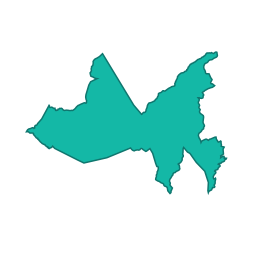 Caetité, Bahia, Brazil, rotated 80°
{"feature_id": "56859067B25942812879091", "entity_name": "Caetité", "entity_type": "district", "adm_level": 2, "iso_a3": "BRA", "parent_name": "Brazil", "parent_adm1": "Bahia", "projection": "orthographic", "projection_center": [-42.469, -13.986], "detail": "fine", "context": "isolated", "style": "filled", "palette": "teal", "viewbox_px": 256, "rotation_deg": 80, "n_neighbors": 0, "source": "geoboundaries", "source_scale": "gbopen_adm2", "svg_char_len": 5686}
<svg xmlns="http://www.w3.org/2000/svg" viewBox="0 0 256 256"><g transform="rotate(80 128 128)"><path d="M128.4,215.2L129.6,213.6L129.9,212.7L130.9,212.5L131.9,211.5L132.4,210.6L133.1,210.7L133.2,209.9L134.0,209.9L134.6,209.2L134.2,208.3L134.0,207.1L133.5,206.1L132.8,205.4L135.4,203.7L150.7,183.2L154.8,177.5L153.6,153.9L148.1,128.9L149.1,128.5L150.0,127.9L150.8,127.2L151.6,125.9L151.3,124.9L151.2,123.7L151.2,122.4L151.6,121.6L151.6,120.3L150.9,119.5L150.4,118.6L151.0,117.5L151.8,117.0L154.1,114.6L154.0,113.8L153.2,112.2L152.1,110.0L157.2,108.1L167.6,106.9L170.9,106.3L171.1,105.5L171.9,105.0L173.1,105.2L174.3,105.6L175.4,106.2L176.2,106.9L177.7,107.2L178.3,107.5L179.3,108.3L180.2,108.3L181.3,108.7L182.0,109.2L182.7,109.5L183.6,109.7L184.2,109.2L185.4,107.8L186.4,106.0L187.2,105.6L188.3,104.0L188.6,103.4L189.2,102.8L190.5,102.6L191.4,102.2L192.3,100.7L192.8,100.2L193.4,99.7L196.3,99.7L197.0,99.6L199.8,98.0L199.3,97.2L198.8,96.8L197.8,96.6L197.2,96.4L196.6,95.8L195.7,95.3L194.8,94.7L192.1,96.3L191.1,96.6L190.6,96.2L189.6,95.9L187.7,96.4L186.4,96.0L185.5,95.4L184.6,94.4L183.8,93.8L183.2,93.2L182.6,92.8L182.0,91.9L180.9,91.6L180.3,91.0L180.1,90.3L180.1,89.4L179.5,88.6L179.1,87.8L178.5,85.5L177.9,84.5L176.9,84.0L176.1,84.2L175.4,84.0L173.9,84.0L173.2,84.1L172.6,84.8L171.9,84.6L171.7,83.3L171.0,82.0L170.2,81.2L168.9,80.2L167.0,79.9L165.5,78.5L164.4,78.3L163.6,78.7L162.7,78.5L161.7,78.1L158.8,77.5L157.5,77.1L156.8,76.6L162.0,73.6L163.8,71.4L173.8,66.7L183.9,59.9L195.6,58.3L203.7,60.2L205.6,60.1L204.8,59.6L204.2,58.9L203.5,56.5L201.3,55.0L201.6,53.8L201.3,53.0L200.7,52.7L199.6,53.1L198.6,52.8L198.1,52.0L196.7,51.6L195.8,51.5L193.5,50.5L192.6,50.6L193.0,51.5L193.1,52.3L192.1,52.6L191.1,52.6L190.5,52.4L189.1,51.3L188.6,50.9L188.1,50.0L187.6,49.5L186.9,49.2L186.2,49.3L185.6,50.1L184.9,49.6L184.4,46.8L183.3,46.3L182.4,45.3L181.5,43.9L180.3,44.0L179.9,44.7L179.3,45.4L178.8,44.5L178.7,42.2L178.0,41.5L177.7,39.7L177.3,38.8L175.7,37.9L175.8,37.0L174.9,36.3L174.6,37.2L174.8,37.8L174.5,38.5L173.5,38.3L172.6,38.4L172.4,39.1L172.7,40.3L173.4,41.9L172.5,41.6L171.5,41.6L170.8,39.7L170.2,38.5L165.6,38.1L164.7,37.6L164.1,37.0L163.5,36.6L163.0,37.5L162.7,38.5L162.1,39.4L160.9,38.9L159.1,39.0L157.5,38.7L156.9,39.0L157.4,40.5L157.6,41.4L156.9,42.0L156.3,42.0L154.9,42.7L154.2,42.9L152.2,42.9L152.1,43.9L153.2,48.6L153.2,49.6L154.1,51.0L152.7,52.5L152.5,53.5L153.0,55.5L153.3,56.4L153.5,57.2L153.8,57.8L154.9,58.6L153.1,58.7L151.4,59.1L150.4,59.6L148.7,59.9L147.6,60.0L146.3,59.5L145.6,59.1L144.4,56.9L143.7,56.1L142.7,55.3L141.9,53.7L140.3,53.3L139.6,52.5L138.7,52.3L136.5,53.0L135.2,53.1L130.6,51.7L129.9,51.6L128.9,51.7L127.2,53.2L126.5,54.0L125.2,54.7L124.5,54.8L123.7,54.5L122.5,53.7L120.4,54.6L119.7,54.6L118.3,53.6L117.3,53.7L116.0,54.3L115.2,54.3L114.4,54.1L113.5,53.3L112.4,52.9L111.7,52.9L111.2,53.3L110.4,53.7L110.6,52.5L111.2,51.6L111.6,50.6L111.5,49.7L111.3,49.0L110.4,48.6L109.3,48.4L108.7,47.7L107.9,47.8L107.1,48.3L105.9,48.6L104.9,46.4L104.5,45.9L104.2,45.3L103.9,44.1L103.5,43.2L103.2,42.3L102.7,39.5L102.6,37.9L101.8,36.0L101.3,35.3L100.0,36.6L99.3,37.0L98.7,38.6L97.9,38.8L96.9,38.3L95.4,37.1L94.7,36.8L94.0,37.3L92.4,37.9L88.7,38.8L88.2,41.3L87.7,41.9L86.7,42.1L85.8,42.0L84.0,42.4L83.3,42.8L82.5,42.9L81.5,42.9L80.7,42.7L79.9,42.5L78.0,41.1L77.7,40.2L77.5,39.2L77.0,38.1L75.7,36.8L75.3,35.9L75.2,34.9L75.3,34.0L75.2,33.1L74.3,31.5L73.8,29.5L73.5,28.5L72.8,27.7L71.9,27.3L71.0,27.4L68.9,27.3L68.5,28.0L68.5,28.8L69.5,30.7L68.7,32.2L68.2,32.8L68.6,33.8L68.1,34.9L68.1,36.2L67.8,37.1L68.4,38.2L69.0,38.6L70.2,39.9L70.3,40.6L71.0,41.6L71.1,42.7L72.2,44.3L72.3,45.6L72.6,46.4L72.7,47.4L74.6,50.6L74.7,51.4L75.1,52.0L75.4,52.9L75.3,53.5L75.9,54.3L76.0,55.4L77.4,56.8L78.2,57.4L78.6,58.2L79.5,58.5L80.3,59.1L80.8,60.0L81.5,60.1L81.9,60.7L82.2,62.2L82.8,63.1L83.1,63.9L83.1,64.8L83.1,65.9L83.4,66.8L84.7,69.0L85.4,69.6L86.0,70.3L87.6,70.8L88.9,71.9L89.9,72.5L90.4,73.1L91.2,73.2L91.9,73.9L92.7,74.3L93.5,74.2L94.6,74.7L94.8,76.0L94.8,76.9L94.9,77.9L95.4,79.0L96.0,81.1L97.7,84.5L98.0,85.2L97.9,85.9L97.5,86.5L97.4,87.2L98.3,88.5L98.7,89.1L98.9,90.2L99.0,91.0L99.3,91.8L99.8,92.2L100.7,92.3L101.6,92.7L102.2,93.3L104.0,94.5L104.5,95.7L105.0,96.3L105.7,96.8L106.1,97.5L106.2,98.4L106.6,99.2L107.0,101.4L107.0,102.5L107.2,103.3L108.8,104.7L109.9,105.3L110.8,105.5L113.1,107.0L114.0,107.2L115.1,108.0L115.6,108.9L115.3,109.9L115.9,110.9L116.6,111.6L116.9,112.3L106.5,118.4L51.1,139.9L50.4,140.2L52.7,143.7L53.8,146.5L54.1,147.7L54.5,148.8L55.2,149.7L56.0,150.5L56.7,150.9L57.9,150.9L58.9,151.3L60.1,151.7L60.7,152.4L61.2,153.2L62.5,153.5L63.3,154.0L65.2,154.1L66.0,154.7L66.6,155.0L67.0,155.7L68.0,155.8L70.5,155.6L71.1,154.7L71.8,153.5L73.0,152.2L73.7,150.9L74.0,149.9L76.0,156.8L78.9,159.1L87.9,163.6L90.2,164.3L91.1,164.3L92.7,164.3L93.6,164.0L94.7,164.3L95.8,164.5L96.3,165.2L95.7,166.1L95.6,166.9L96.5,170.9L96.9,171.9L97.1,173.2L98.3,175.1L99.4,176.3L100.0,177.1L100.9,178.8L101.1,179.7L100.8,180.5L100.9,181.2L100.6,182.8L100.2,183.8L99.7,185.7L99.7,187.5L99.4,188.2L98.5,189.0L97.5,189.5L97.0,190.2L97.0,191.1L96.8,191.9L97.4,192.8L97.3,193.6L98.2,194.1L98.3,195.6L98.1,196.2L97.3,196.0L96.6,196.6L95.8,196.6L95.9,197.6L94.7,198.8L94.2,199.5L94.3,200.4L94.2,201.3L93.5,201.7L92.7,201.5L92.0,201.8L104.1,211.4L108.0,216.3L109.0,217.0L109.4,217.8L109.3,218.7L109.7,219.2L110.7,219.8L111.7,219.8L112.1,220.7L111.5,221.1L111.1,222.0L111.6,224.2L111.7,225.8L112.3,227.1L112.9,227.7L114.1,228.7L114.3,226.9L116.0,225.4L116.1,224.3L116.5,222.5L117.1,222.0L118.0,222.2L119.7,221.1L121.8,220.0L122.2,219.5L122.5,218.7L123.5,218.7L124.0,218.0L124.9,217.7L125.7,217.1L126.5,216.7L127.0,216.2L128.4,215.2Z" fill="#14b8a6" stroke="#0f766e" stroke-width="1.5"/></g></svg>